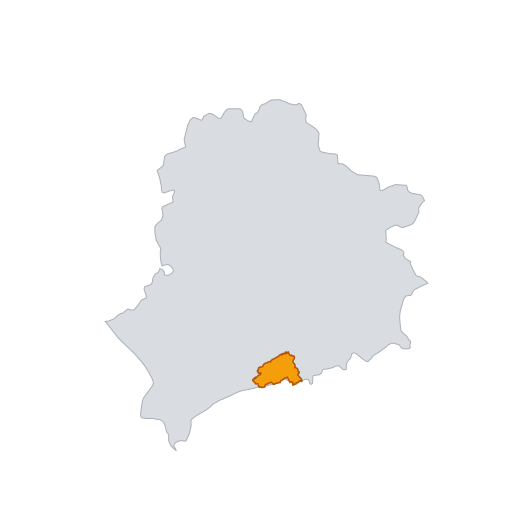 Stolin, Brest, Belarus (highlighted), rotated 333°
{"feature_id": "67162791B20391469538668", "entity_name": "Stolin", "entity_type": "district", "adm_level": 2, "iso_a3": "BLR", "parent_name": "Belarus", "parent_adm1": "Brest", "projection": "mercator", "projection_center": [26.983, 51.876], "detail": "fine", "context": "in_parent", "style": "filled", "palette": "amber", "viewbox_px": 512, "rotation_deg": 333, "n_neighbors": 0, "source": "geoboundaries", "source_scale": "gbopen_adm2", "svg_char_len": 8379}
<svg xmlns="http://www.w3.org/2000/svg" viewBox="0 0 512 512"><g transform="rotate(333 256 256)"><path d="M396.6,358.3L389.6,357.9L381.2,358.0L376.5,361.3L371.4,359.7L367.8,361.6L359.5,370.6L356.3,375.4L353.2,382.9L351.3,388.4L352.3,392.2L353.9,395.8L354.2,399.6L355.0,402.6L352.9,404.8L351.7,407.9L348.2,407.4L344.0,404.4L343.1,400.0L339.8,396.9L337.6,395.4L334.0,395.1L328.3,396.5L320.9,397.6L315.3,397.9L312.2,399.5L307.7,401.0L305.9,399.2L303.4,394.2L301.3,389.3L299.9,387.1L298.7,386.5L297.1,386.6L295.4,388.2L294.1,389.8L289.4,391.7L287.3,393.5L285.0,398.0L283.5,397.7L281.9,396.6L280.2,391.5L277.7,390.4L273.7,390.3L268.8,389.2L264.9,387.7L263.4,388.0L261.1,390.2L258.5,390.5L252.9,388.6L251.8,389.5L248.6,395.1L247.1,395.4L246.2,394.7L246.7,389.8L243.4,388.1L238.0,387.8L234.1,388.5L232.2,388.3L231.3,387.3L226.5,379.1L224.0,378.6L219.6,379.0L213.0,378.0L205.4,376.2L201.2,375.5L199.0,373.6L194.3,373.0L181.8,369.5L176.6,368.9L169.1,368.8L157.6,368.1L150.2,368.5L146.8,369.7L142.8,370.4L129.1,371.3L124.2,372.3L122.8,374.0L121.2,377.8L115.6,384.3L110.1,388.7L109.1,389.0L105.9,386.7L103.3,385.9L100.1,385.7L97.9,386.4L96.5,387.5L96.7,392.6L96.4,393.0L94.0,387.0L94.2,381.6L95.5,378.5L97.1,375.7L96.5,371.5L98.1,366.0L98.1,361.9L97.4,360.2L96.1,358.2L92.6,355.9L91.0,354.2L86.2,351.9L81.4,348.9L80.6,347.2L80.8,345.9L81.6,344.1L85.3,338.6L89.2,333.3L91.8,331.2L105.2,324.4L107.3,322.0L107.8,317.9L107.6,309.7L106.8,302.2L105.7,297.0L103.2,287.3L96.2,267.0L92.0,245.8L94.7,247.0L101.1,247.5L106.2,246.1L108.9,245.9L111.2,246.3L118.0,245.1L119.6,247.0L122.6,248.7L128.5,246.3L133.8,243.3L139.2,243.6L140.0,242.1L141.3,234.6L142.9,232.9L149.4,233.7L151.8,232.3L154.3,228.6L158.2,226.3L161.4,226.3L164.7,223.6L166.3,225.4L167.1,228.5L166.0,231.0L166.5,232.0L168.8,233.3L172.8,233.2L175.3,232.2L175.9,230.8L175.9,228.1L175.2,225.7L173.6,223.6L170.4,222.5L168.2,222.5L167.9,221.2L168.6,218.3L170.5,213.1L172.9,208.3L174.4,206.5L174.6,204.8L174.4,201.9L174.3,196.7L176.5,189.3L179.3,183.8L183.2,182.1L187.9,181.1L191.0,178.5L192.5,175.4L193.7,170.7L195.3,169.7L206.6,170.3L208.4,165.5L209.4,164.2L211.5,162.8L213.1,161.1L212.5,159.8L209.6,158.9L202.7,158.2L201.4,156.6L201.8,154.7L203.6,149.8L205.4,143.4L206.3,138.4L206.4,135.5L207.3,134.7L212.9,133.8L214.8,132.8L219.6,126.0L223.2,124.8L232.7,126.6L237.0,126.4L242.5,126.9L243.0,126.2L244.9,119.5L254.3,108.7L259.3,104.9L262.4,104.1L263.6,104.3L268.6,110.0L269.7,110.2L273.1,107.8L278.9,107.6L281.5,109.6L285.4,116.6L287.4,117.5L293.0,113.6L296.1,112.3L298.1,112.3L308.7,117.7L309.5,119.5L309.5,121.5L307.9,127.8L310.1,131.7L312.7,134.4L318.1,130.0L320.1,128.8L322.3,128.8L325.2,127.1L327.3,124.7L329.4,123.9L333.3,124.4L340.3,123.9L348.5,127.7L349.2,128.9L353.3,133.3L354.7,135.6L356.1,136.3L358.3,138.4L361.2,139.8L363.2,139.4L364.2,140.1L365.1,141.8L365.1,144.7L364.8,153.0L361.9,157.4L361.5,158.9L361.7,160.7L364.0,164.3L367.0,169.8L367.7,173.0L367.7,175.4L363.6,182.5L362.2,184.1L361.3,187.6L360.8,191.1L361.1,192.5L367.9,198.1L373.0,201.1L374.1,202.6L374.2,203.5L371.5,209.5L371.3,211.1L375.3,213.5L377.5,217.4L379.5,223.7L383.4,229.7L397.6,238.5L398.9,240.1L399.3,242.0L398.9,246.1L396.3,253.9L398.7,255.0L405.0,254.7L412.7,255.7L421.9,261.2L421.9,263.6L420.9,265.9L421.6,268.2L422.6,270.2L430.5,276.4L431.3,278.1L431.4,281.1L431.2,283.3L429.0,283.7L426.6,284.7L422.6,287.3L421.0,291.0L414.5,296.0L410.5,298.3L407.3,298.4L399.8,297.4L397.1,294.9L396.0,292.6L393.1,291.6L389.2,291.5L383.9,291.9L382.8,292.6L381.9,295.4L379.6,300.2L378.0,302.9L384.8,312.3L388.2,316.2L389.3,318.6L389.2,320.3L387.6,322.3L387.9,326.2L391.2,331.5L390.0,332.3L389.7,338.8L389.7,345.6L390.6,347.3L392.4,348.6L393.9,351.1L396.4,356.8L396.6,358.3Z" fill="#d9dde1" stroke="#a8b0b8" stroke-width="1"/><path d="M241.1,374.2L241.0,373.9L240.6,373.1L240.0,373.0L240.7,372.2L241.0,371.4L241.3,370.5L241.3,369.5L241.0,368.7L240.8,367.9L240.8,367.1L241.2,366.4L241.6,366.0L242.3,365.5L243.1,365.1L243.7,364.5L244.4,363.6L244.4,362.7L244.2,362.1L243.7,361.8L243.3,361.8L242.8,361.4L242.8,360.9L242.6,360.4L242.2,360.4L241.6,360.3L241.2,359.8L241.1,358.8L241.1,358.1L241.2,357.0L241.2,356.2L240.8,356.2L240.7,356.2L240.5,356.3L240.2,356.3L239.7,356.6L239.3,356.6L239.1,356.6L239.2,356.3L239.3,356.0L239.4,355.8L239.5,355.5L239.5,355.3L239.3,355.1L239.0,355.2L238.9,355.3L238.6,355.4L238.3,355.3L238.1,355.2L238.0,355.3L237.9,355.6L237.9,355.8L237.8,356.2L237.6,356.3L237.4,356.2L237.1,356.0L236.9,355.8L236.8,355.6L236.6,355.4L236.4,355.4L236.2,355.4L235.8,355.6L235.6,355.8L235.3,355.8L235.2,355.7L235.1,355.3L235.0,355.1L234.9,354.9L234.7,354.9L234.5,355.0L234.5,355.3L234.5,355.5L234.5,355.9L234.3,355.9L234.1,355.9L234.0,355.7L233.9,355.6L233.7,355.6L233.4,355.4L233.4,355.2L233.2,355.0L232.9,354.9L232.6,355.0L232.2,355.1L231.9,355.2L231.7,355.1L231.3,355.1L231.1,355.2L230.8,355.4L230.5,355.5L230.1,355.6L229.8,355.7L229.5,355.8L229.3,355.7L229.0,355.6L228.8,355.5L228.5,355.5L228.2,355.5L227.9,355.6L227.6,355.7L227.3,355.8L226.8,355.8L226.5,355.8L226.2,355.8L225.9,355.7L225.5,355.7L225.3,355.7L225.2,355.8L224.9,355.8L224.7,355.8L224.4,355.7L224.2,355.8L223.9,355.7L223.6,355.7L223.4,355.6L223.0,355.8L222.8,355.9L222.8,356.0L222.6,356.1L222.4,356.0L222.1,356.0L221.9,356.0L221.7,356.2L221.5,356.4L221.3,356.6L221.2,356.7L221.1,356.9L220.8,357.0L220.7,357.0L220.6,356.8L220.6,356.6L220.5,356.4L220.2,356.3L219.5,356.1L218.8,356.0L218.2,356.0L217.8,356.0L217.3,356.0L216.9,356.0L216.5,355.9L216.2,355.9L215.9,355.8L215.5,355.7L215.2,355.8L214.9,355.9L214.4,356.0L214.1,356.0L213.7,356.0L213.3,356.2L213.1,356.4L212.8,356.7L212.5,357.0L212.1,357.2L211.7,357.4L211.3,357.4L211.2,357.4L210.7,357.4L210.4,357.3L210.2,357.2L209.8,357.0L209.5,356.9L208.9,356.9L208.6,356.9L208.4,356.8L208.1,356.7L207.9,356.7L207.6,357.0L207.4,357.3L207.2,357.4L207.0,357.5L206.7,357.7L206.5,358.0L206.4,358.2L206.4,358.5L206.2,358.8L206.0,359.0L205.8,359.1L205.6,359.1L205.3,358.9L205.2,358.9L205.0,359.0L204.9,359.2L205.1,359.4L205.1,359.6L205.0,359.9L205.0,360.2L205.0,360.8L205.0,361.2L205.0,361.5L205.1,361.8L205.4,362.0L205.7,362.0L206.0,362.0L206.3,362.0L206.6,362.1L206.8,362.1L207.0,362.2L207.2,362.3L207.2,362.5L207.1,362.8L206.9,363.1L206.6,363.3L206.3,363.5L205.7,363.6L205.3,363.6L204.7,363.6L204.4,363.6L204.1,363.5L203.8,363.5L203.6,363.6L203.4,363.7L203.0,363.7L202.8,363.8L202.4,363.9L202.2,364.0L201.6,364.3L201.1,364.5L200.9,364.5L200.7,364.3L200.7,364.1L200.5,363.8L200.3,363.9L200.2,363.9L200.1,364.2L200.0,364.5L199.9,364.6L199.7,364.8L199.5,364.7L199.3,364.7L199.3,364.4L199.1,364.1L198.8,364.1L198.6,364.2L198.6,364.6L198.4,364.8L198.2,364.6L197.8,364.5L197.6,364.5L197.2,364.6L196.7,364.9L196.6,365.2L196.6,365.6L196.7,365.8L196.8,366.2L196.9,366.5L196.9,366.9L197.2,367.0L197.3,367.2L197.5,367.3L197.6,367.5L197.6,367.8L197.5,368.2L197.5,368.5L197.5,369.0L197.5,369.3L197.6,369.7L198.0,369.9L198.2,370.1L198.5,370.2L199.0,370.2L199.5,370.4L199.7,370.7L199.7,371.2L199.3,372.0L199.2,372.2L199.2,373.1L199.2,373.5L199.2,374.0L199.3,374.5L200.1,374.5L200.7,374.5L200.8,374.7L201.2,375.1L201.2,375.4L201.6,375.9L202.1,375.9L202.4,376.1L202.8,376.4L203.8,376.7L204.4,376.5L205.0,376.2L205.3,375.5L205.5,375.2L206.1,374.9L206.9,374.9L207.7,375.2L208.5,375.3L209.0,375.3L209.4,375.1L209.9,375.0L210.4,375.2L211.1,375.4L211.5,375.3L211.9,375.1L212.4,375.6L212.6,376.1L212.7,376.7L212.7,377.1L213.2,378.0L213.8,378.0L214.0,378.5L214.3,378.8L214.7,378.8L215.1,378.5L215.8,378.3L216.4,378.5L216.9,378.7L217.5,379.2L217.8,379.2L218.3,379.1L218.9,379.2L219.4,379.5L220.0,379.7L220.4,379.3L220.7,378.8L221.3,378.3L222.2,378.3L222.9,378.3L224.2,378.3L224.6,378.1L225.4,377.8L226.2,377.9L227.2,378.2L228.9,378.2L229.0,383.5L228.9,384.1L229.5,384.2L230.2,384.3L230.9,384.5L231.2,384.6L231.5,385.0L231.4,385.5L231.2,386.0L230.9,386.3L230.6,386.8L230.4,387.4L230.3,387.9L230.9,388.0L231.2,387.8L231.8,387.7L232.4,387.7L232.8,387.9L233.3,388.1L233.6,387.9L234.0,387.5L234.7,387.4L235.0,387.4L235.5,387.6L236.0,387.7L236.3,387.6L236.8,387.5L237.6,387.3L238.0,387.0L238.7,387.3L239.1,387.7L239.4,388.2L239.9,388.6L240.2,388.4L240.2,387.9L240.0,387.5L239.9,386.9L240.1,386.7L240.7,386.5L240.5,385.9L240.4,385.1L240.0,384.2L239.8,383.0L239.3,381.6L239.3,380.6L239.8,380.2L240.3,380.1L241.0,380.1L241.5,379.5L241.9,379.0L241.5,378.3L241.2,377.7L241.6,376.8L241.7,376.2L241.8,375.3L241.4,374.7L241.1,374.2Z" fill="#f59e0b" stroke="#b45309" stroke-width="1.5"/></g></svg>